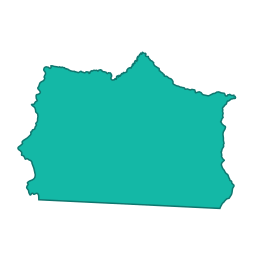 outline of Trapeang Prasat, Siemréab, Cambodia, rotated 273°
{"feature_id": "14789045B58524041159765", "entity_name": "Trapeang Prasat", "entity_type": "district", "adm_level": 2, "iso_a3": "KHM", "parent_name": "Cambodia", "parent_adm1": "Siemréab", "projection": "mercator", "projection_center": [104.395, 14.168], "detail": "fine", "context": "isolated", "style": "filled", "palette": "teal", "viewbox_px": 256, "rotation_deg": 273, "n_neighbors": 0, "source": "geoboundaries", "source_scale": "gbopen_adm2", "svg_char_len": 5857}
<svg xmlns="http://www.w3.org/2000/svg" viewBox="0 0 256 256"><g transform="rotate(273 128 128)"><path d="M186.1,47.9L184.4,47.9L183.8,47.6L183.5,47.0L183.7,46.4L184.5,45.2L184.8,43.0L184.2,41.8L183.4,41.1L181.8,40.8L181.1,41.0L179.6,42.3L178.7,42.7L177.5,42.8L175.2,41.7L174.3,41.6L173.7,42.2L173.0,42.2L171.5,41.6L170.9,41.2L169.3,38.6L168.2,37.6L164.5,36.6L163.8,36.0L163.1,35.8L162.2,36.2L160.5,37.9L159.6,38.4L159.3,38.6L158.5,38.4L157.9,38.0L157.1,36.9L156.9,36.4L156.6,35.2L156.3,34.8L155.9,34.6L154.6,34.6L152.6,34.9L150.9,35.9L150.4,35.8L149.3,34.3L148.8,33.9L147.1,33.1L146.7,32.3L146.6,30.8L146.2,30.5L145.4,31.2L144.1,33.1L143.2,34.0L141.2,34.7L139.7,34.9L139.1,35.1L137.5,36.9L136.9,37.1L134.9,37.5L132.4,37.2L130.6,37.3L129.3,36.9L128.1,35.9L127.6,35.7L127.2,35.8L126.5,36.3L125.9,36.4L124.3,35.3L122.2,34.9L121.6,34.1L121.2,32.9L120.6,32.4L119.4,32.1L118.8,31.1L117.6,31.4L116.8,31.3L115.9,30.9L112.8,28.0L110.1,24.2L109.0,23.2L108.4,23.0L106.9,23.5L106.6,23.3L104.9,21.6L103.4,19.8L102.8,19.3L101.9,19.2L101.2,19.5L100.5,20.2L99.7,21.6L98.7,22.6L98.0,23.1L97.5,23.2L95.7,23.1L95.3,23.2L94.8,24.9L94.4,25.4L93.2,26.2L91.7,26.9L91.5,27.4L92.1,28.6L92.0,29.4L91.1,30.6L90.4,32.5L89.7,33.2L88.7,33.9L87.6,34.0L82.9,36.1L76.3,37.9L73.9,37.6L72.8,37.0L72.2,36.6L71.2,35.2L69.8,32.3L68.9,31.1L68.0,30.4L67.7,30.5L67.2,31.0L66.4,31.3L65.2,30.5L63.5,29.9L63.0,30.0L62.4,30.3L60.9,31.6L60.4,31.9L58.6,32.3L57.2,32.9L56.0,33.8L56.2,34.4L57.4,35.1L57.7,35.6L57.8,36.4L56.9,37.3L56.9,37.8L57.9,39.7L58.0,40.5L57.9,41.0L57.1,41.7L55.9,42.3L51.7,42.7L52.5,224.0L54.3,224.6L57.7,226.2L58.9,227.5L60.5,228.6L62.3,230.2L63.2,232.7L67.0,234.8L68.7,235.2L73.1,235.6L75.3,236.8L76.4,236.8L78.3,234.6L79.7,234.4L80.5,233.9L80.6,233.4L81.0,232.6L82.1,232.3L83.8,231.3L86.3,230.3L87.3,229.2L87.6,228.5L88.8,227.4L90.9,226.2L92.4,224.8L94.0,224.0L95.9,223.2L97.0,223.2L98.4,223.7L100.7,225.8L101.0,225.7L102.1,224.3L104.2,223.0L104.8,222.8L105.6,223.1L108.4,222.5L108.9,222.2L110.0,222.9L110.7,222.8L111.8,223.1L113.3,223.8L114.0,224.3L114.6,224.5L116.5,224.2L117.7,224.7L120.6,223.9L123.1,223.8L126.3,223.2L127.6,223.2L128.9,223.4L130.1,223.9L131.8,224.8L133.6,225.3L134.4,225.2L134.9,224.7L135.4,223.5L136.0,222.9L136.9,221.7L138.0,221.1L138.7,220.5L138.9,220.2L139.3,220.2L139.7,220.7L142.2,221.4L142.7,221.7L143.4,222.4L144.6,222.0L145.6,221.8L146.4,221.9L147.1,222.2L148.0,222.1L149.9,221.4L150.9,221.8L152.6,221.3L153.5,221.6L154.1,222.3L156.1,223.7L156.8,224.6L157.5,225.1L158.5,225.2L160.0,225.9L160.3,226.6L160.2,227.0L162.5,229.8L162.6,231.1L163.2,231.9L163.0,232.9L163.3,233.6L164.1,233.8L165.2,233.2L165.7,232.1L166.3,231.9L166.1,231.5L165.9,230.0L166.4,228.6L166.9,227.9L166.6,227.4L166.4,226.4L166.2,225.8L165.2,225.3L165.1,224.3L165.2,223.8L165.5,223.5L167.3,222.7L167.7,222.3L168.0,218.9L168.3,218.6L168.4,217.7L168.7,217.2L168.8,216.8L168.5,214.8L167.3,213.2L167.0,212.1L166.9,211.3L164.8,207.7L164.3,206.5L164.4,205.9L165.1,201.4L165.6,200.5L167.2,199.1L167.8,197.5L167.7,196.6L166.7,193.9L167.0,193.4L167.8,193.3L169.5,192.6L169.9,190.0L169.8,189.4L169.4,188.8L169.3,188.2L169.5,187.1L170.1,185.4L169.7,183.2L169.9,182.9L170.9,182.3L171.0,182.0L171.3,180.7L171.2,180.2L171.6,179.0L171.5,178.4L172.4,176.2L172.7,174.2L174.0,171.4L174.4,170.9L175.0,170.5L176.4,170.6L178.0,169.8L179.4,168.3L179.9,166.3L181.5,164.2L181.8,163.1L181.5,162.6L181.8,161.6L182.0,161.4L182.9,161.4L183.5,160.9L183.6,160.4L184.6,159.7L185.5,158.1L186.4,157.3L186.8,156.3L189.1,155.9L189.7,154.6L191.6,151.3L192.9,150.4L193.6,150.1L194.6,150.2L196.2,148.3L196.7,146.7L197.3,146.6L197.9,145.9L198.8,145.0L200.4,144.5L200.5,144.2L200.3,143.2L200.8,141.9L201.7,141.7L202.4,142.0L202.8,142.0L203.2,141.8L203.5,141.4L203.3,141.0L203.4,140.4L203.8,139.3L204.3,138.7L204.3,138.4L203.9,138.1L202.7,138.0L202.5,137.7L202.6,137.3L203.2,136.8L202.3,136.2L201.9,135.7L201.4,135.7L200.6,135.4L200.3,134.7L199.7,134.5L199.8,134.0L199.4,133.8L199.0,134.1L198.7,134.1L198.4,133.4L198.1,133.3L197.4,133.5L196.8,133.9L196.5,133.9L196.5,133.3L195.2,133.2L195.5,132.6L195.7,132.0L195.2,131.6L195.1,131.4L194.7,131.5L194.2,131.1L193.7,131.1L193.5,131.4L193.2,131.5L193.0,131.1L192.6,130.7L192.8,130.4L192.7,130.0L192.4,130.1L192.1,129.9L192.2,129.7L191.9,129.5L191.6,129.2L191.4,129.5L191.7,129.7L191.4,129.9L190.7,129.6L190.3,128.8L189.7,128.8L189.4,128.6L189.3,128.3L189.0,128.1L188.2,128.0L188.0,127.8L188.3,126.9L188.2,126.4L187.7,125.8L187.8,125.6L187.4,125.0L185.8,123.9L184.6,123.9L183.9,123.7L183.6,123.0L183.2,122.4L183.2,122.1L182.9,121.3L183.2,120.8L182.8,120.3L181.9,119.9L182.1,119.1L181.9,118.8L180.6,118.0L180.0,117.9L179.4,117.4L179.3,117.0L179.8,116.9L180.0,116.7L180.1,116.3L179.8,116.1L179.2,116.1L178.6,115.8L179.5,114.8L179.4,114.6L179.1,114.5L178.9,114.0L178.6,113.9L177.9,114.0L176.9,114.0L176.0,113.6L176.0,113.2L176.4,112.8L176.6,112.7L176.4,112.3L175.9,112.1L175.2,111.4L175.3,110.9L175.0,109.8L175.1,109.6L175.9,108.6L176.3,108.6L176.6,108.3L177.6,108.3L178.3,108.9L179.9,108.9L180.1,108.8L180.1,108.5L181.0,108.4L181.3,107.9L182.0,107.6L182.1,105.5L181.3,104.7L181.4,104.3L181.8,103.6L182.5,103.2L182.9,101.5L182.9,100.9L183.1,99.8L183.7,98.9L184.1,98.8L184.4,98.6L184.3,98.1L184.7,97.5L184.5,96.7L184.0,95.5L183.3,95.1L183.3,94.8L184.0,93.7L183.7,92.3L183.9,91.0L182.9,88.9L183.2,88.5L183.1,88.3L181.8,87.0L181.5,87.0L181.2,87.2L180.7,86.8L180.5,86.3L181.5,85.8L181.7,85.6L181.6,85.3L181.9,84.5L181.9,83.3L181.0,82.2L180.8,81.4L181.3,80.3L181.4,80.0L181.2,79.7L181.4,79.2L182.1,78.3L182.1,77.7L181.0,76.2L180.7,75.4L181.2,73.5L181.2,73.2L181.5,72.4L181.4,72.0L181.8,71.4L181.7,69.7L182.2,67.3L182.7,66.5L183.0,65.5L183.5,65.1L183.7,64.5L183.7,63.3L184.0,63.2L184.1,62.1L184.9,61.4L184.8,60.8L185.3,59.2L185.3,58.7L184.9,58.3L184.9,57.8L185.5,56.6L185.1,55.9L185.5,53.0L185.6,51.3L186.1,49.2L186.1,47.9Z" fill="#14b8a6" stroke="#0f766e" stroke-width="1.5"/></g></svg>